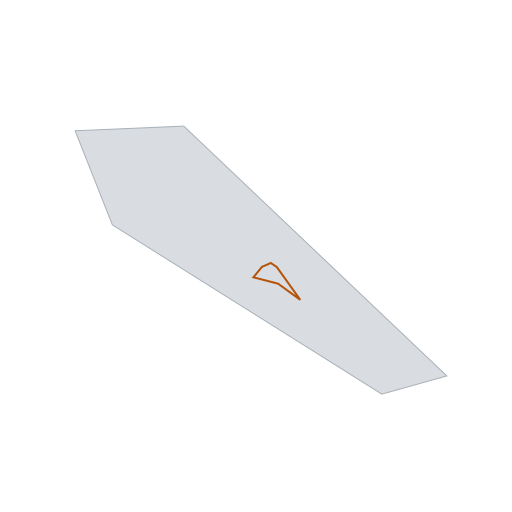 where Sandy Ground sits in Anguilla, rotated 242°
{"feature_id": "AIA-5120", "entity_name": "Sandy Ground", "entity_type": "District", "adm_level": 1, "iso_a3": "AIA", "parent_name": "Anguilla", "parent_adm1": "", "projection": "mercator", "projection_center": [-63.084, 18.219], "detail": "fine", "context": "in_parent", "style": "outline", "palette": "amber", "viewbox_px": 512, "rotation_deg": 242, "n_neighbors": 0, "source": "natural_earth", "source_scale": "10m", "svg_char_len": 382}
<svg xmlns="http://www.w3.org/2000/svg" viewBox="0 0 512 512"><g transform="rotate(242 256 256)"><path d="M404.6,253.2L60.5,368.2L75.0,302.2L350.9,143.8L451.5,155.1L404.6,253.2Z" fill="#d9dde1" stroke="#a8b0b8" stroke-width="1"/><path d="M196.5,274.5L221.2,262.5L238.4,243.7L243.6,256.1L242.9,265.8L236.4,269.2L196.5,274.5Z" fill="none" stroke="#b45309" stroke-width="2"/></g></svg>